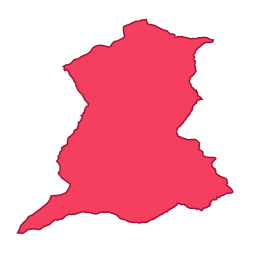 Olmedo, Loja, Ecuador, rotated 92°
{"feature_id": "8360857B52842084274578", "entity_name": "Olmedo", "entity_type": "district", "adm_level": 2, "iso_a3": "ECU", "parent_name": "Ecuador", "parent_adm1": "Loja", "projection": "equal_earth", "projection_center": [-79.604, -3.94], "detail": "fine", "context": "isolated", "style": "filled", "palette": "rose", "viewbox_px": 256, "rotation_deg": 92, "n_neighbors": 0, "source": "geoboundaries", "source_scale": "gbopen_adm2", "svg_char_len": 5752}
<svg xmlns="http://www.w3.org/2000/svg" viewBox="0 0 256 256"><g transform="rotate(92 128 128)"><path d="M188.6,21.2L187.5,21.2L185.7,22.4L184.3,23.9L183.5,25.1L181.5,27.4L180.8,27.4L179.4,26.6L177.3,27.4L176.2,27.5L175.4,28.0L173.9,31.8L173.3,33.9L172.4,35.2L172.0,36.7L171.2,37.1L170.0,38.5L169.1,38.9L167.8,38.7L166.6,39.5L165.8,39.6L164.7,41.5L163.5,42.7L162.5,43.0L159.9,42.9L155.6,39.1L154.5,40.3L154.5,45.6L154.3,49.4L154.0,50.2L153.6,50.5L153.0,52.2L150.9,52.4L150.3,52.2L149.3,52.3L147.7,54.5L147.1,56.4L146.0,56.5L144.7,56.0L143.8,56.3L143.1,56.0L142.2,56.6L141.3,55.9L140.5,56.1L138.0,58.9L137.2,60.2L137.0,60.6L137.3,61.8L137.2,64.5L137.7,66.2L137.4,67.5L137.7,68.6L136.6,70.8L136.4,72.8L135.3,74.5L135.2,75.0L135.4,75.8L135.0,76.0L134.8,77.2L134.4,77.4L134.2,78.0L133.5,78.0L133.0,78.4L132.4,78.3L131.7,79.0L131.3,79.2L129.8,79.4L128.2,79.2L126.1,78.1L125.0,77.1L124.5,76.1L124.0,76.0L120.5,72.8L119.3,72.3L116.0,69.7L114.7,69.5L114.1,68.5L113.6,68.5L113.1,67.7L112.1,66.9L107.9,65.0L107.5,64.2L106.0,64.5L105.6,64.5L105.0,63.9L104.1,64.1L103.2,63.1L102.5,62.9L102.0,62.4L100.9,60.5L100.2,60.4L99.7,60.7L98.7,60.6L98.4,59.4L97.7,59.1L97.4,57.6L96.6,56.5L96.8,55.0L95.0,56.3L93.6,58.5L93.2,59.5L92.4,59.4L91.1,60.1L90.0,59.8L89.5,60.3L89.3,61.4L88.5,61.0L88.0,61.1L87.5,63.2L86.3,63.7L84.5,66.4L83.0,66.4L82.2,66.8L81.1,67.8L79.7,68.3L78.7,68.4L77.8,68.0L76.2,67.8L75.4,67.4L72.6,64.5L70.6,63.0L69.5,62.7L68.5,61.9L67.2,62.7L65.3,62.7L62.6,63.5L61.6,63.5L59.1,62.9L58.8,63.1L58.2,64.4L57.4,65.0L55.1,63.9L53.2,65.0L52.0,65.0L50.8,63.6L49.2,63.3L48.0,62.8L46.6,61.6L41.4,56.0L39.9,53.3L39.4,47.3L38.6,46.3L37.1,45.7L36.6,49.2L35.0,52.0L34.8,52.7L34.9,56.0L35.3,58.6L35.3,60.1L36.0,62.0L36.4,64.3L36.2,66.7L36.8,68.4L36.7,69.3L36.0,71.0L35.2,75.9L34.8,77.3L35.0,79.8L34.8,80.2L34.8,80.6L35.9,83.6L35.0,84.5L33.2,84.5L32.9,84.9L32.9,86.1L32.4,87.1L32.7,88.1L32.8,89.1L30.7,91.3L29.4,92.4L29.3,94.3L28.1,97.6L24.8,104.5L23.9,107.9L23.7,111.2L23.2,111.8L21.4,112.8L19.0,113.6L19.6,118.1L21.2,121.7L21.2,122.3L20.8,123.5L21.9,125.3L23.5,128.8L24.6,130.3L25.4,133.0L26.5,135.2L26.9,135.8L27.7,136.1L29.9,136.0L33.7,135.4L35.5,134.7L36.7,134.9L38.2,135.8L39.0,137.3L39.4,138.3L41.2,141.0L42.0,144.5L42.5,145.2L43.0,145.8L44.1,146.4L45.0,147.4L46.7,147.9L47.4,148.5L47.7,149.5L47.6,151.0L46.7,154.9L46.3,157.7L46.4,160.1L47.4,163.3L49.1,165.8L49.9,166.5L52.7,168.0L55.0,170.5L56.0,172.3L57.3,175.3L58.3,177.1L60.1,179.4L60.6,180.3L61.1,182.5L61.8,184.3L64.6,186.6L66.3,188.6L66.6,189.2L67.1,192.1L68.8,194.8L69.4,193.5L69.9,193.3L70.6,193.8L71.6,193.9L72.5,193.6L72.7,193.3L72.7,192.6L72.0,191.5L71.8,190.9L72.1,190.3L73.4,189.9L74.5,188.9L76.5,188.5L80.3,184.9L82.2,183.8L83.6,183.3L84.6,182.2L88.0,181.3L90.4,179.9L91.3,179.6L94.4,177.1L95.5,175.5L96.9,174.3L97.4,174.4L98.5,173.5L99.1,173.5L99.4,172.8L99.9,172.5L101.0,172.4L101.5,172.1L102.2,170.9L103.3,170.4L104.1,169.2L104.7,168.9L105.0,168.4L106.9,168.5L107.5,169.0L108.2,170.2L109.6,171.3L110.3,171.3L112.8,172.2L114.5,172.3L114.4,173.0L115.1,173.5L116.5,173.8L117.0,174.5L117.2,175.2L118.2,174.1L119.5,174.1L120.6,174.9L121.8,175.1L123.5,176.4L124.2,177.7L124.6,178.0L125.5,177.5L126.0,177.5L128.1,178.1L128.7,178.0L129.8,178.6L130.3,178.3L130.9,178.8L131.1,179.6L132.3,181.7L133.4,181.6L135.5,182.5L138.2,185.2L139.6,187.2L140.7,187.3L142.4,188.0L145.5,187.9L146.3,188.2L147.5,189.5L148.0,190.9L149.4,192.9L150.0,193.4L151.0,193.7L152.1,193.4L152.6,193.5L153.3,193.8L154.0,194.9L154.6,195.1L156.8,195.3L158.7,196.8L159.3,196.9L160.6,196.0L163.6,198.0L164.1,197.8L165.7,196.0L168.4,194.6L169.5,194.3L170.8,194.5L172.7,194.3L175.5,196.1L176.2,195.8L177.2,194.7L180.1,192.5L185.4,184.6L185.9,184.0L186.7,183.8L189.6,184.6L193.9,187.0L194.8,187.8L196.4,190.7L197.4,193.6L197.8,195.9L198.4,201.9L198.5,202.3L203.5,204.2L206.3,206.3L213.3,214.4L217.5,219.6L218.5,221.1L219.9,224.1L220.4,224.6L222.6,225.6L226.5,229.4L229.6,231.9L230.8,232.4L232.3,232.5L236.6,234.8L237.0,230.6L236.7,229.1L232.9,224.0L232.7,223.2L232.7,222.1L232.2,220.8L232.0,218.2L232.6,215.0L232.4,212.4L231.9,211.9L230.7,210.3L228.8,207.3L228.4,205.9L227.2,203.1L224.5,200.4L224.0,200.2L223.4,198.9L222.5,197.8L222.3,197.1L222.5,195.0L221.5,192.8L221.2,190.5L220.8,189.9L217.7,186.9L217.2,186.2L216.2,183.4L216.5,181.6L216.1,180.1L216.1,177.9L214.5,174.5L214.2,173.1L213.8,172.6L213.3,170.8L213.3,168.4L213.8,166.3L213.5,164.9L213.6,164.3L214.1,162.6L214.0,161.9L214.2,161.0L215.0,158.8L214.7,155.5L213.7,153.7L212.9,151.4L213.2,147.8L212.5,146.2L213.0,143.2L213.9,140.5L214.3,138.3L215.0,136.8L215.8,136.1L216.4,134.8L217.5,134.0L219.0,132.2L219.4,129.3L219.8,128.6L220.1,126.8L221.8,123.5L222.3,117.9L222.0,115.6L222.6,113.7L221.9,110.8L221.5,110.1L221.5,108.9L221.9,108.2L221.8,107.8L221.6,107.2L221.5,105.9L220.6,104.4L218.9,102.0L218.6,101.3L218.5,99.9L218.2,99.2L217.9,98.7L217.4,98.5L217.0,97.2L216.0,96.3L215.5,95.0L213.9,93.0L213.1,91.1L210.6,87.6L210.3,87.0L210.2,85.6L208.9,85.1L208.4,84.0L208.0,83.7L207.8,82.7L206.9,82.1L206.6,81.1L205.8,80.5L205.3,79.0L203.7,77.6L203.4,76.7L201.3,75.9L201.3,75.5L202.0,74.5L201.7,73.4L202.2,72.9L202.7,72.1L202.7,71.4L202.3,70.4L202.5,69.4L202.4,68.5L202.7,68.3L203.1,68.4L203.4,68.2L203.5,67.1L203.8,66.5L204.3,66.2L204.8,66.3L205.1,65.2L206.0,63.4L206.0,61.0L206.2,60.1L206.1,58.0L206.4,57.1L206.4,56.3L206.9,56.2L206.3,55.2L206.3,54.5L207.7,52.3L207.9,51.3L206.8,50.7L206.4,49.9L205.3,49.4L205.1,47.6L204.5,46.4L203.5,45.1L203.1,43.6L202.4,43.4L201.6,43.8L201.0,42.8L200.2,43.3L199.4,43.0L198.7,42.4L197.9,42.1L196.4,40.3L196.7,38.6L196.7,37.8L196.5,37.1L196.2,37.0L195.5,37.1L194.6,36.5L194.0,36.6L194.0,36.3L194.4,35.1L194.3,34.5L193.9,33.9L192.8,33.3L191.7,30.2L189.9,27.2L189.4,24.6L189.4,22.4L188.6,21.2Z" fill="#f43f5e" stroke="#9f1239" stroke-width="1.5"/></g></svg>